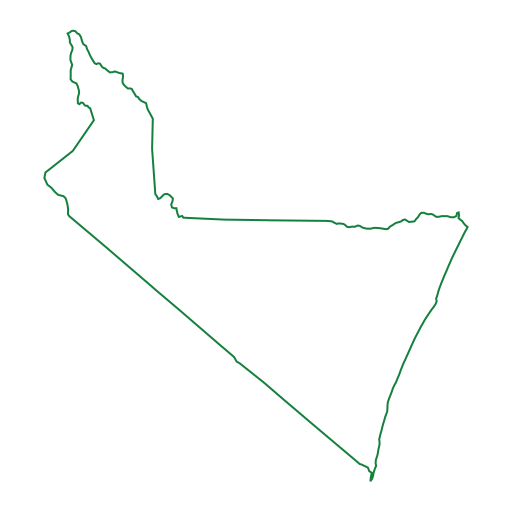 outline of Mucuri, Bahia, Brazil
{"feature_id": "56859067B76032182131071", "entity_name": "Mucuri", "entity_type": "district", "adm_level": 2, "iso_a3": "BRA", "parent_name": "Brazil", "parent_adm1": "Bahia", "projection": "equal_earth", "projection_center": [-39.837, -18.037], "detail": "fine", "context": "isolated", "style": "outline", "palette": "green", "viewbox_px": 512, "rotation_deg": 0, "n_neighbors": 0, "source": "geoboundaries", "source_scale": "gbopen_adm2", "svg_char_len": 3738}
<svg xmlns="http://www.w3.org/2000/svg" viewBox="0 0 512 512"><path d="M67.6,33.5L69.1,36.5L69.8,39.8L69.9,42.6L71.6,45.3L72.6,47.3L72.3,50.1L71.2,52.7L70.5,55.6L70.4,59.9L72.2,64.9L70.7,70.0L70.7,75.5L70.6,79.3L72.4,81.6L76.4,83.4L77.6,85.8L78.9,90.5L79.1,93.0L78.1,96.7L77.7,99.1L77.9,103.3L79.4,104.2L80.9,102.6L82.8,102.8L85.2,105.7L87.5,105.8L88.6,107.4L90.2,108.3L92.6,116.1L93.9,120.2L72.8,150.9L45.4,172.5L44.4,178.0L47.4,184.7L51.2,187.6L54.8,191.8L57.1,194.0L58.6,195.0L63.4,196.1L65.5,198.1L66.3,200.1L67.6,205.4L68.1,209.3L68.0,214.4L69.3,216.2L108.2,249.0L109.9,250.5L111.4,251.8L151.8,286.5L156.0,290.2L178.6,309.3L218.6,343.8L232.2,355.4L234.1,357.1L236.6,361.5L239.8,363.4L263.8,382.5L283.9,399.8L311.4,423.2L359.9,464.1L361.5,464.5L367.9,467.6L369.3,471.2L371.8,472.8L370.9,476.8L370.4,481.3L372.2,478.5L373.1,475.8L373.6,472.7L374.9,468.7L376.1,465.9L375.6,463.0L375.9,459.8L376.7,457.4L377.4,455.2L377.9,452.9L378.2,450.8L378.6,448.5L379.2,446.2L379.6,443.8L379.5,441.6L379.2,439.5L379.8,436.8L380.5,433.9L381.4,430.9L382.0,428.4L382.6,425.9L383.5,422.8L384.5,419.5L385.1,417.2L386.2,414.3L387.2,411.6L387.4,408.9L387.5,405.5L387.8,402.4L389.0,398.7L390.2,395.7L391.0,393.7L391.8,391.6L392.8,388.6L394.2,385.5L395.7,382.8L396.6,380.8L397.7,378.0L398.9,375.3L399.8,372.9L400.7,370.2L402.1,366.8L403.3,363.7L404.3,361.6L405.3,359.5L406.1,357.6L407.0,355.6L408.1,353.3L409.0,351.2L410.2,348.6L411.2,346.2L412.2,344.1L413.3,341.7L414.6,338.8L416.0,336.1L417.0,334.2L418.2,331.9L419.4,329.6L420.6,327.2L422.3,324.3L423.7,321.8L424.8,319.8L428.0,314.9L429.9,312.1L431.7,309.5L433.1,307.7L434.3,306.0L435.5,304.2L436.7,301.1L436.1,298.7L436.9,296.5L437.7,293.9L438.4,291.2L439.5,288.0L440.3,285.8L441.1,283.7L442.0,281.4L443.3,278.3L444.4,275.6L445.3,273.5L446.7,270.4L447.7,267.9L448.6,265.9L449.4,264.0L450.5,261.5L451.6,258.9L453.2,255.6L454.5,252.9L455.6,250.7L456.6,248.6L457.9,246.1L459.1,243.6L460.3,241.1L461.5,238.8L462.6,236.5L463.8,234.1L465.0,231.8L466.4,229.4L467.6,227.0L465.6,225.4L463.9,223.5L462.0,220.9L460.2,219.6L458.5,218.1L459.1,215.4L458.6,212.4L457.0,213.1L456.5,215.9L453.8,217.3L450.6,217.2L448.9,216.6L447.2,216.1L445.0,216.1L442.0,216.1L439.2,216.7L436.4,216.9L434.5,215.7L432.9,214.5L430.9,214.0L428.5,214.3L426.1,213.7L423.9,212.8L421.3,212.8L419.6,214.5L418.1,217.0L416.1,219.1L414.4,221.4L411.5,221.7L409.0,222.0L407.5,221.0L405.0,219.5L402.9,220.0L401.1,221.4L398.9,222.1L396.1,222.9L394.6,223.7L392.9,224.9L390.0,226.6L388.1,228.7L386.3,229.2L384.3,228.9L382.6,228.6L379.2,228.1L376.2,227.9L373.8,227.9L370.6,228.7L368.3,228.7L366.4,228.6L364.7,228.2L362.4,227.5L360.0,226.0L357.9,225.5L354.7,226.8L352.1,226.6L349.4,227.2L347.2,226.9L345.0,224.9L343.4,223.9L340.8,223.6L338.5,223.4L336.8,223.9L334.5,222.8L331.8,221.3L326.3,220.9L280.2,220.4L270.5,220.3L266.0,220.2L263.6,220.2L259.5,220.1L224.3,219.6L183.4,217.7L182.2,216.0L178.8,216.9L177.5,213.7L176.7,210.4L176.4,208.2L174.4,208.3L171.9,207.4L171.2,204.5L172.5,201.3L172.9,198.5L171.0,196.5L169.5,195.1L167.1,193.9L164.5,194.2L163.1,195.2L161.7,196.8L160.2,198.2L158.2,199.0L156.6,195.8L155.3,194.0L152.1,148.8L152.8,118.7L150.9,115.2L149.6,112.7L147.8,109.6L146.9,106.8L146.1,103.2L143.8,102.1L141.5,101.0L139.3,99.1L138.1,97.1L136.0,96.3L134.7,93.9L132.9,91.0L131.7,88.9L130.0,88.4L127.9,88.5L125.6,86.6L123.9,84.8L122.6,82.8L122.5,80.0L123.1,76.3L122.7,73.6L119.7,73.1L117.0,72.2L114.9,71.4L113.0,72.1L109.9,72.4L108.2,71.1L106.7,69.9L105.1,68.4L103.5,68.0L102.0,66.8L99.9,63.6L98.1,63.3L96.4,64.1L94.6,63.2L92.8,60.3L91.0,57.2L89.6,54.4L88.6,51.9L87.2,49.4L86.1,46.0L83.4,44.2L82.4,42.2L81.8,40.1L80.9,37.0L79.3,34.4L77.4,33.4L75.3,31.2L73.0,30.7L71.3,31.2L69.5,32.6L67.6,33.5Z" fill="none" stroke="#15803d" stroke-width="2"/></svg>